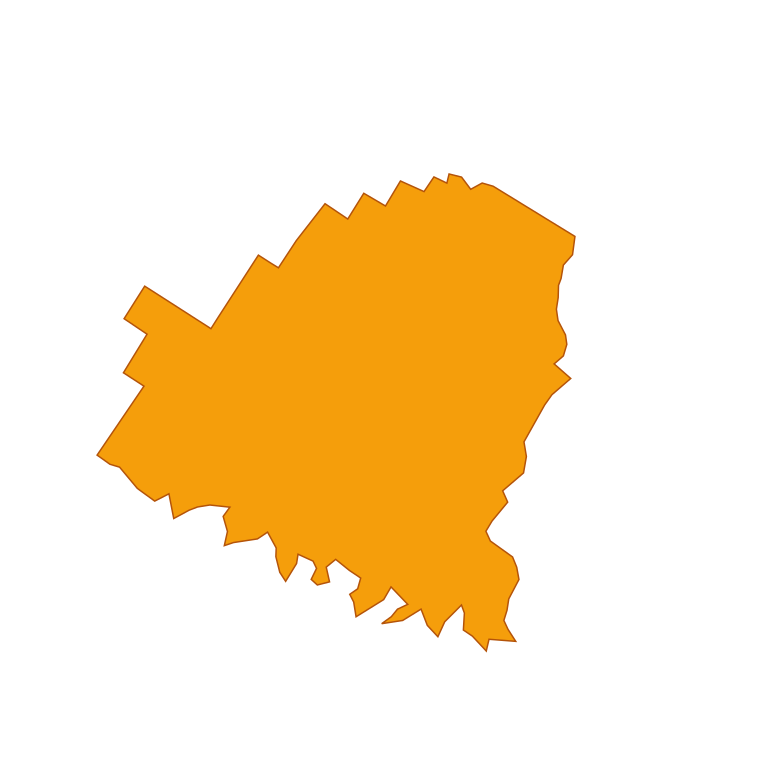 outline of Putinga, Rio Grande do Sul, Brazil, rotated 304°
{"feature_id": "56859067B9535138081372", "entity_name": "Putinga", "entity_type": "district", "adm_level": 2, "iso_a3": "BRA", "parent_name": "Brazil", "parent_adm1": "Rio Grande do Sul", "projection": "robinson", "projection_center": [-52.165, -29.032], "detail": "fine", "context": "isolated", "style": "filled", "palette": "amber", "viewbox_px": 768, "rotation_deg": 304, "n_neighbors": 0, "source": "geoboundaries", "source_scale": "gbopen_adm2", "svg_char_len": 1491}
<svg xmlns="http://www.w3.org/2000/svg" viewBox="0 0 768 768"><g transform="rotate(304 384 384)"><path d="M500.5,234.3L453.9,231.1L421.3,231.5L420.9,221.8L420.6,207.8L347.5,209.2L333.1,209.6L332.0,160.3L331.3,130.9L292.8,132.0L292.8,159.7L247.6,161.7L248.0,186.2L164.6,185.9L164.2,201.7L167.2,211.3L159.5,237.9L158.7,259.4L172.7,267.1L154.9,284.9L170.4,293.0L177.8,298.2L186.3,307.3L195.7,325.1L184.3,324.7L174.2,336.7L160.7,342.0L168.4,347.9L184.8,365.7L196.1,370.3L187.8,386.3L180.4,390.9L169.6,402.9L165.4,412.8L186.3,411.9L194.8,407.9L197.5,424.2L193.4,431.2L181.3,432.9L180.1,441.1L189.5,449.5L199.9,438.5L211.6,442.0L210.1,459.5L210.1,473.2L199.5,476.7L190.5,473.2L186.3,480.8L175.4,491.0L205.1,504.3L219.7,503.3L214.6,526.9L204.9,521.1L195.2,520.2L184.0,516.1L198.4,531.7L218.1,540.6L208.1,554.9L204.6,570.0L220.8,567.3L244.1,571.8L239.1,578.7L224.4,587.4L224.4,598.3L219.8,618.1L231.1,613.8L244.3,637.1L250.0,623.9L255.0,615.6L265.2,612.5L275.6,607.6L297.4,605.2L306.3,596.5L312.5,587.3L313.3,560.0L318.9,550.8L330.8,550.2L355.2,552.6L361.8,542.1L388.3,549.4L403.5,542.6L414.3,532.4L456.6,528.9L469.1,529.2L493.0,535.7L495.8,513.8L507.6,517.0L519.1,513.4L526.2,507.0L533.9,492.8L542.4,485.1L553.0,480.1L563.4,473.5L570.5,471.8L582.9,466.2L596.6,468.0L613.1,459.8L609.0,363.9L605.5,353.0L593.9,347.0L598.9,332.6L594.5,320.5L585.7,323.8L583.6,309.6L565.9,309.6L561.5,284.1L532.4,285.7L530.8,260.6L500.5,261.7L500.5,234.3Z" fill="#f59e0b" stroke="#b45309" stroke-width="1.5"/></g></svg>